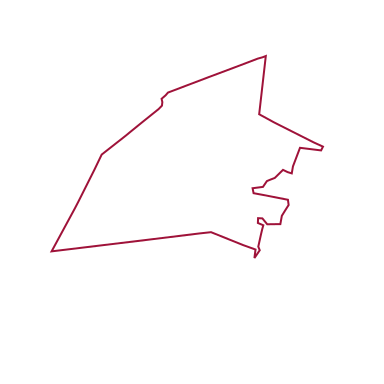 Murici, Alagoas, Brazil (Equal Earth projection), rotated 229°
{"feature_id": "56859067B92034716727296", "entity_name": "Murici", "entity_type": "district", "adm_level": 2, "iso_a3": "BRA", "parent_name": "Brazil", "parent_adm1": "Alagoas", "projection": "equal_earth", "projection_center": [-35.962, -9.277], "detail": "fine", "context": "isolated", "style": "outline", "palette": "rose", "viewbox_px": 384, "rotation_deg": 229, "n_neighbors": 0, "source": "geoboundaries", "source_scale": "gbopen_adm2", "svg_char_len": 895}
<svg xmlns="http://www.w3.org/2000/svg" viewBox="0 0 384 384"><g transform="rotate(229 192 192)"><path d="M206.6,293.7L246.2,336.9L247.4,333.6L249.5,329.2L257.7,306.9L267.6,280.4L276.1,257.3L282.8,239.1L282.3,235.6L282.3,230.2L279.3,228.6L276.9,226.0L276.5,221.3L277.3,200.8L277.8,185.7L278.0,178.5L279.5,148.4L272.9,133.1L259.1,99.5L256.5,92.9L239.3,47.1L185.7,126.2L156.0,170.2L149.2,180.0L118.5,195.7L106.9,202.2L103.2,198.0L101.2,195.8L103.6,204.9L107.3,206.2L115.0,216.6L117.8,220.5L120.1,224.0L125.4,221.4L128.9,224.7L125.9,227.8L118.3,227.6L113.3,233.5L109.8,237.6L115.1,244.2L116.9,250.0L118.8,256.4L123.2,259.3L143.3,243.6L150.7,237.7L155.1,240.2L149.3,248.9L151.1,255.7L149.9,259.3L148.3,263.7L149.0,275.2L144.3,277.2L140.6,279.5L145.1,285.0L154.5,302.5L138.7,316.7L140.3,320.6L149.8,316.3L184.8,302.0L191.2,299.4L206.6,293.7Z" fill="none" stroke="#9f1239" stroke-width="2"/></g></svg>